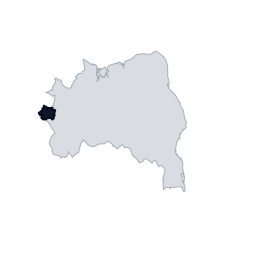 location of São Gabriel da Cachoeira, Amazonas, Brazil, rotated 319°
{"feature_id": "56859067B34307291662166", "entity_name": "São Gabriel da Cachoeira", "entity_type": "district", "adm_level": 2, "iso_a3": "BRA", "parent_name": "Brazil", "parent_adm1": "Amazonas", "projection": "natural_earth1", "projection_center": [-67.662, 0.359], "detail": "fine", "context": "in_parent", "style": "filled", "palette": "ink", "viewbox_px": 256, "rotation_deg": 319, "n_neighbors": 0, "source": "geoboundaries", "source_scale": "gbopen_adm2", "svg_char_len": 6057}
<svg xmlns="http://www.w3.org/2000/svg" viewBox="0 0 256 256"><g transform="rotate(319 128 128)"><path d="M81.1,60.3L83.1,62.3L85.6,61.3L86.4,62.6L87.8,60.8L91.2,58.9L91.9,57.2L94.1,56.2L94.3,55.1L91.8,54.7L91.1,50.0L89.0,47.0L91.9,48.5L94.4,48.4L96.3,50.0L96.8,48.1L103.2,45.8L104.6,44.3L104.5,42.9L106.5,42.8L107.0,43.5L106.4,45.9L108.1,46.5L108.7,48.5L107.6,50.0L107.0,53.9L108.3,58.0L111.3,60.4L112.6,60.0L113.3,58.7L114.4,59.0L117.9,56.8L122.2,57.5L121.6,55.8L122.3,54.6L123.1,55.1L125.9,54.3L129.1,56.4L130.5,55.3L133.5,56.1L139.2,46.8L140.1,47.8L142.0,56.3L143.0,57.6L144.9,58.4L145.1,60.5L141.9,64.6L139.9,66.0L137.2,71.6L134.7,72.4L137.4,72.5L141.3,69.7L142.1,73.3L143.2,74.4L147.3,73.2L146.1,77.2L147.7,74.0L149.6,72.1L150.5,72.6L150.9,72.1L150.5,70.6L151.8,68.8L155.0,68.4L161.8,71.5L162.3,73.1L163.3,72.0L164.9,73.2L165.3,74.6L164.4,75.5L164.8,76.0L165.7,75.1L165.9,75.9L165.1,76.8L164.6,79.6L165.6,78.4L166.4,76.4L166.6,77.9L169.6,76.0L176.8,78.3L182.5,78.1L188.1,81.8L192.9,87.0L199.0,88.0L200.2,89.9L201.7,97.4L200.9,102.3L198.5,107.2L191.7,115.3L191.7,114.7L190.3,118.4L188.2,121.6L187.2,122.1L186.5,120.7L185.9,121.4L184.9,124.9L185.3,134.8L183.9,140.6L184.0,142.9L182.1,145.3L181.3,151.1L176.7,158.4L176.3,161.7L173.7,163.1L172.3,165.8L168.9,165.9L168.3,164.9L168.0,166.0L162.8,166.3L163.0,167.3L159.6,169.6L157.7,169.6L154.4,171.5L150.1,175.0L149.3,176.7L148.5,176.0L148.2,176.8L147.3,176.5L148.5,177.5L147.5,178.6L147.1,180.4L147.6,184.5L146.5,190.5L142.9,194.0L138.3,202.3L134.1,206.1L134.1,204.8L137.0,203.3L139.7,198.7L139.8,197.9L138.1,198.4L137.2,197.0L137.6,198.4L137.1,200.1L134.5,202.9L133.6,205.1L133.8,206.3L131.8,210.6L129.1,213.2L128.5,212.8L128.6,210.7L130.1,208.8L128.0,205.8L123.0,202.4L121.5,200.5L120.1,201.5L120.0,200.2L117.2,197.3L115.8,198.0L114.4,197.6L120.8,189.6L121.6,189.7L121.4,188.9L128.4,184.2L129.2,180.2L128.0,177.4L125.8,177.4L127.4,170.7L126.0,169.6L123.1,170.3L121.8,163.2L119.5,162.0L117.6,162.9L113.8,161.9L114.4,157.3L113.3,153.7L114.4,152.8L113.4,151.8L115.9,145.1L114.7,142.0L112.6,140.8L112.8,136.7L106.0,136.6L105.8,133.2L104.6,131.5L105.7,131.4L104.9,125.8L102.8,124.5L100.1,124.6L95.4,120.9L90.3,119.9L88.2,117.8L86.7,114.7L86.7,108.0L82.2,108.8L74.6,114.1L72.3,113.4L67.0,113.6L67.4,106.8L64.8,109.1L61.2,109.2L60.5,107.1L57.4,106.6L58.2,104.8L54.3,98.6L55.4,97.5L55.3,95.7L57.6,93.8L57.2,92.2L58.5,87.9L62.4,85.2L66.4,83.8L69.5,84.4L71.6,70.8L70.7,67.8L69.1,66.2L69.2,63.1L72.6,62.7L72.0,61.0L69.9,61.0L69.9,58.2L76.2,58.1L76.2,57.0L77.1,58.0L79.2,56.4L80.2,58.2L80.4,60.4L81.1,60.3ZM143.8,66.1L150.8,66.9L149.1,71.7L147.8,71.8L147.6,72.6L146.6,72.2L145.4,73.4L142.8,73.4L141.8,71.0L142.5,70.4L141.7,69.6L142.3,66.8L143.8,66.1ZM137.8,71.9L138.9,68.4L140.0,68.0L139.9,70.1L137.8,71.9ZM145.7,64.4L145.0,65.7L143.4,65.4L143.7,64.6L145.7,64.4ZM143.3,63.0L143.0,65.6L142.4,65.4L143.3,63.0ZM146.8,66.1L145.8,66.2L145.4,66.0L146.6,65.2L146.8,66.1ZM142.3,66.2L141.2,67.0L140.8,66.6L141.5,65.8L142.3,66.2ZM144.1,63.9L143.6,63.4L144.5,62.8L144.6,63.3L144.1,63.9ZM143.6,57.2L143.0,57.3L142.8,56.3L143.4,56.3L143.6,57.2ZM147.8,187.0L147.6,186.2L148.1,185.4L148.2,185.6L147.8,187.0ZM160.2,169.3L160.3,170.2L159.6,170.0L160.2,169.3ZM147.7,181.0L147.4,180.5L147.9,180.0L148.0,180.2L147.7,181.0ZM165.5,77.9L165.0,78.9L165.5,77.5L165.5,77.9ZM186.8,122.3L186.1,122.6L186.6,121.8L186.8,122.3ZM164.6,166.7L163.9,167.0L163.7,166.8L164.2,166.4L164.6,166.7ZM185.6,124.1L185.3,124.6L185.2,124.3L185.6,124.1ZM163.6,71.1L163.7,71.7L163.6,71.1Z" fill="#d9dde1" stroke="#a8b0b8" stroke-width="1"/><path d="M78.0,72.3L78.3,72.2L78.6,72.0L78.7,71.9L78.7,71.7L78.8,71.6L79.2,71.2L79.6,71.1L79.8,70.8L80.0,70.8L80.2,70.6L80.3,70.6L80.5,70.7L80.9,70.6L81.0,70.5L81.0,70.4L80.9,70.3L80.8,70.2L80.9,69.9L81.1,69.9L81.3,69.8L81.5,69.9L81.7,69.5L81.7,69.3L81.8,69.2L81.7,69.2L81.8,68.9L81.7,68.7L81.8,68.6L82.0,68.4L82.3,68.3L82.5,68.2L82.8,68.2L83.2,68.1L83.4,68.0L83.4,67.8L83.4,67.7L83.5,67.7L83.8,67.7L84.0,67.5L84.1,67.4L84.1,67.2L84.3,67.2L84.5,67.0L84.8,67.0L84.8,66.7L84.7,66.4L84.6,66.5L84.5,66.4L84.4,66.5L84.2,66.5L84.1,66.3L84.1,66.2L84.1,65.9L83.9,65.9L83.9,66.0L83.9,65.9L84.0,65.9L83.9,65.8L84.0,65.8L84.0,65.7L84.0,65.4L83.9,65.4L83.8,65.1L83.7,65.1L83.4,65.1L83.2,65.0L83.2,64.9L82.9,64.7L83.0,64.5L83.1,64.4L83.2,64.2L83.3,64.2L83.3,63.8L83.3,63.7L83.4,63.4L83.5,63.4L83.5,63.5L83.6,63.3L83.8,63.2L83.8,63.3L83.8,63.2L84.0,63.1L83.9,63.1L84.0,63.1L83.9,63.0L83.9,62.9L83.7,62.7L83.4,62.5L83.2,62.4L81.2,60.3L80.3,60.5L80.4,60.4L80.3,59.8L80.4,59.3L80.4,58.5L80.3,58.3L80.3,58.1L80.2,57.8L80.1,57.6L79.7,57.5L79.6,57.4L79.4,56.8L79.4,56.0L79.3,55.9L79.2,55.8L79.0,56.0L78.6,56.2L78.6,56.3L78.5,56.5L78.4,56.7L78.3,56.8L78.1,56.8L77.8,56.7L77.6,57.0L77.4,57.2L77.3,57.3L77.2,57.3L77.2,57.5L76.7,57.3L76.5,57.2L76.4,57.0L76.2,57.0L75.9,57.4L75.9,57.5L76.0,57.6L76.0,57.8L76.3,57.9L76.2,58.0L76.3,58.0L72.5,58.1L71.7,58.1L71.4,57.9L71.0,57.8L70.8,58.0L70.7,58.0L70.4,58.0L70.2,58.1L69.9,60.9L70.0,60.9L70.1,61.0L70.1,60.9L70.3,60.7L70.5,60.7L70.5,60.9L70.8,60.8L71.0,60.9L71.3,60.9L71.5,60.9L71.5,61.0L71.7,60.8L71.8,60.9L72.0,60.9L72.0,61.0L72.4,61.2L72.4,61.3L72.5,61.4L72.5,61.5L72.4,61.5L72.5,61.7L72.6,61.8L72.5,62.0L72.6,62.3L72.4,62.3L72.6,62.6L72.7,62.8L72.4,62.8L72.4,63.0L72.2,63.0L72.1,62.9L71.9,62.9L71.7,62.9L71.6,62.7L71.4,62.5L71.4,62.4L71.2,62.5L70.9,62.7L70.9,62.8L70.7,62.8L70.7,62.7L70.5,62.8L70.4,62.8L70.1,63.1L69.9,63.1L69.7,63.1L69.4,63.1L69.3,63.3L69.3,63.2L69.2,63.2L69.2,65.3L69.3,65.3L69.4,65.6L69.5,65.7L69.6,66.0L69.8,66.2L70.1,66.1L70.2,65.9L70.2,66.0L70.3,66.0L70.3,66.3L70.6,66.3L70.7,66.5L70.9,66.6L70.8,66.9L70.9,67.0L71.0,67.1L71.3,67.2L71.3,67.4L71.5,67.4L71.6,67.5L71.8,67.7L72.0,67.7L72.0,67.9L72.3,67.8L72.5,68.0L72.7,67.9L72.9,67.8L73.0,67.8L73.1,67.7L73.3,67.7L73.6,67.8L73.8,67.9L74.0,68.0L74.3,68.1L74.4,68.3L74.5,68.4L74.5,68.5L74.8,68.8L75.0,68.9L75.3,68.9L75.5,68.8L75.6,68.7L75.6,68.8L75.7,68.7L75.8,68.6L76.0,68.6L76.3,68.5L76.3,72.1L76.6,72.1L76.8,72.0L77.0,72.1L77.4,72.2L77.5,72.1L77.9,72.3L78.0,72.3Z" fill="#0f172a" stroke="#020617" stroke-width="1.5"/></g></svg>